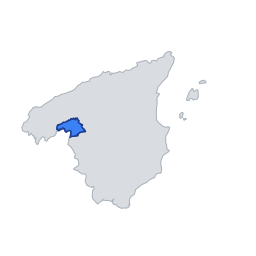 Zamora on a map of Spain (Mercator projection), rotated 328°
{"feature_id": "ESP-5852", "entity_name": "Zamora", "entity_type": "Autonomous Community", "adm_level": 1, "iso_a3": "ESP", "parent_name": "Spain", "parent_adm1": "", "projection": "mercator", "projection_center": [-6.097, 41.685], "detail": "fine", "context": "in_parent", "style": "filled", "palette": "blue", "viewbox_px": 256, "rotation_deg": 328, "n_neighbors": 0, "source": "natural_earth", "source_scale": "10m", "svg_char_len": 5633}
<svg xmlns="http://www.w3.org/2000/svg" viewBox="0 0 256 256"><g transform="rotate(328 128 128)"><path d="M136.9,67.0L136.9,67.7L138.0,68.9L141.2,69.6L142.0,70.1L141.9,71.8L141.1,73.2L141.8,73.8L142.6,73.8L143.5,72.7L143.7,73.4L145.2,74.1L148.4,75.4L150.7,75.6L153.1,78.2L156.9,77.7L160.3,80.2L163.6,79.6L164.3,80.1L169.3,80.2L169.6,78.1L170.2,77.3L178.9,80.1L180.0,81.9L179.8,82.7L180.3,84.7L181.4,84.7L183.7,83.5L186.7,84.9L187.5,86.2L188.1,86.3L190.3,85.0L196.4,86.5L196.6,85.5L197.0,85.3L199.6,84.4L200.6,84.2L203.8,84.9L204.2,86.0L204.9,86.4L205.1,87.4L203.2,88.0L203.0,89.7L204.2,91.2L204.3,93.6L201.1,96.8L191.8,102.2L188.7,105.4L181.8,107.0L174.7,109.4L170.5,113.6L171.5,114.0L172.8,115.4L172.4,116.0L170.5,117.0L168.9,117.3L165.8,122.5L161.5,127.8L159.9,130.2L156.5,136.4L156.5,138.2L158.2,144.3L159.1,145.9L160.4,147.3L163.0,148.4L163.6,149.6L162.7,150.6L160.2,152.5L155.8,155.1L153.9,157.1L153.5,159.0L152.3,159.9L151.8,162.6L150.0,166.4L149.9,167.4L151.3,168.7L149.9,169.6L143.1,169.9L139.0,172.9L136.9,175.5L135.0,180.3L132.7,183.1L131.6,183.6L130.1,182.4L128.1,182.2L126.2,182.6L125.2,183.6L123.6,184.1L122.1,183.7L118.8,183.4L117.3,183.4L115.0,184.2L113.0,183.7L109.7,183.4L102.5,184.1L101.6,184.4L98.4,187.6L94.9,187.7L91.7,189.0L89.6,192.1L89.2,193.8L88.6,193.4L88.1,193.5L87.9,194.8L85.7,195.6L83.2,194.5L81.2,193.0L80.1,192.9L78.4,190.5L77.6,188.9L77.1,187.3L77.1,186.1L75.5,185.4L75.2,183.9L76.3,181.9L77.8,180.8L76.4,180.9L75.4,182.2L74.1,180.1L68.8,176.1L69.1,174.7L68.2,175.8L67.6,176.0L65.0,175.9L61.9,176.3L60.6,169.5L61.4,167.1L64.8,162.4L67.0,161.7L67.9,159.3L65.9,159.4L62.7,154.7L63.5,150.3L66.7,147.0L67.2,145.7L67.3,144.4L66.7,143.6L65.0,143.1L63.2,139.6L62.8,137.4L61.3,136.2L60.1,134.0L61.2,133.6L65.7,133.6L66.8,133.1L67.6,131.6L68.5,129.2L68.7,127.7L66.9,125.6L66.9,125.1L67.1,124.4L69.8,122.1L69.3,120.3L69.7,116.6L69.5,114.4L69.2,112.7L68.2,110.3L68.9,109.4L70.3,108.6L71.4,106.7L73.1,105.1L75.3,103.8L77.8,101.0L77.4,99.8L76.5,99.1L73.4,98.5L73.2,98.0L73.2,94.9L72.4,93.7L71.3,93.8L69.5,93.3L69.1,93.6L66.9,93.5L65.3,93.0L64.7,93.4L64.5,94.5L61.9,95.6L60.4,95.6L58.0,94.6L55.3,95.0L55.0,94.7L52.7,96.0L51.9,96.0L50.9,94.5L52.2,92.3L51.1,90.2L50.4,90.2L46.0,91.7L43.5,93.7L42.5,94.0L42.2,93.6L42.1,90.7L44.7,87.7L43.0,87.5L43.1,86.6L44.2,85.2L43.1,84.2L43.1,81.1L40.7,82.1L40.1,81.9L40.1,80.7L41.5,78.2L40.0,77.9L38.8,77.0L37.4,74.9L37.4,73.8L38.2,71.3L40.2,70.1L42.2,68.4L45.0,68.7L49.2,67.2L50.6,66.4L50.5,65.4L50.1,64.6L50.5,63.8L53.9,61.7L55.9,61.5L58.0,60.4L59.3,61.1L60.6,60.9L62.0,61.7L63.8,63.6L66.5,64.3L68.6,63.7L79.6,63.6L82.7,62.6L85.1,63.8L89.8,64.3L92.6,65.3L100.4,66.9L103.2,66.9L108.9,65.3L110.4,65.7L112.7,65.0L113.8,65.1L115.2,66.2L120.2,67.7L121.5,66.4L122.5,66.2L126.0,66.9L129.6,68.5L131.5,68.6L134.3,68.2L136.9,67.0ZM203.0,131.7L204.2,132.3L205.6,131.8L206.3,132.0L207.0,132.2L207.2,133.3L204.3,138.7L202.0,140.2L199.7,139.1L198.3,138.8L197.9,138.3L197.6,136.6L197.0,136.0L196.1,135.8L194.3,137.2L193.8,136.3L192.9,136.1L192.6,135.5L192.6,134.8L198.1,130.6L199.7,129.7L203.1,128.6L203.7,128.8L203.2,129.4L203.7,130.0L203.0,131.7ZM218.6,129.5L218.1,131.0L214.0,129.0L212.6,128.8L212.3,128.5L212.4,127.0L215.2,126.8L217.4,127.5L218.6,129.5ZM180.2,146.8L179.7,147.9L177.7,147.5L177.3,147.1L177.7,145.9L178.3,145.7L178.3,144.9L178.9,144.0L181.8,143.3L182.5,143.9L182.6,144.7L180.9,146.6L180.2,146.8ZM182.2,151.0L181.9,151.3L179.7,151.1L179.6,150.4L180.1,149.4L180.9,150.4L182.2,150.5L182.2,151.0Z" fill="#d9dde1" stroke="#a8b0b8" stroke-width="1"/><path d="M74.2,105.1L74.5,104.9L74.9,104.5L75.3,103.8L75.5,103.8L75.6,103.7L75.6,103.4L75.8,103.3L76.0,103.2L76.4,103.2L76.9,102.2L76.8,101.8L76.9,101.7L77.3,101.3L77.9,100.3L77.8,100.2L77.6,99.9L77.0,99.3L76.4,98.9L75.8,98.7L74.7,98.5L74.5,98.4L74.4,98.5L74.1,98.8L73.9,98.9L73.4,98.8L73.2,98.5L73.2,98.1L73.1,97.8L73.1,97.6L72.9,97.3L73.0,97.1L73.2,96.8L73.5,95.4L73.7,95.0L73.3,94.9L73.1,94.9L73.0,94.7L73.1,94.0L73.0,93.7L72.8,93.5L72.5,93.3L72.3,93.7L71.9,93.8L70.9,93.9L70.5,93.8L70.0,93.0L69.6,92.9L69.5,93.5L69.2,93.7L68.4,93.7L68.0,93.7L67.7,93.4L67.5,93.1L67.5,92.9L67.5,92.7L67.8,92.1L67.7,92.0L67.6,91.8L67.5,91.7L67.2,91.7L66.9,91.5L66.9,91.4L67.0,91.3L67.1,91.1L67.5,90.6L67.7,90.4L67.8,90.4L68.0,89.8L68.1,89.7L68.7,89.0L68.9,88.9L69.1,88.7L69.4,88.7L69.6,88.7L69.8,88.7L70.0,88.3L70.2,88.1L71.2,88.7L71.4,88.8L71.9,88.7L72.1,88.8L72.4,88.9L73.2,88.9L73.7,89.0L74.1,89.3L74.9,89.0L76.1,89.0L76.4,88.9L76.5,88.9L76.6,89.0L76.8,89.3L77.4,89.6L77.8,89.9L77.9,90.0L80.1,89.8L81.3,90.4L81.5,90.2L81.8,90.2L82.0,89.9L82.2,90.1L82.4,90.4L82.8,90.5L83.9,90.2L84.1,90.6L85.0,90.5L84.9,90.1L85.3,90.2L85.4,90.3L85.7,90.6L85.7,90.8L85.7,91.1L86.6,91.5L86.8,90.9L87.1,90.9L87.2,91.6L87.7,92.5L87.6,92.9L88.2,93.2L88.4,92.1L89.0,91.9L90.3,93.0L90.0,93.4L90.0,93.6L90.1,94.1L90.1,94.3L90.0,94.6L89.9,95.0L90.0,95.3L90.3,96.0L88.8,96.9L89.1,97.7L89.5,98.3L89.7,98.6L89.7,99.3L89.8,99.6L90.3,99.7L90.3,99.9L90.3,100.0L90.2,100.2L90.1,100.3L90.2,100.5L91.0,101.1L90.6,101.5L89.9,101.6L89.6,101.9L89.5,102.2L89.5,102.5L89.5,102.8L89.6,103.0L89.6,104.1L89.7,104.4L89.7,104.6L90.0,105.1L90.1,105.3L90.1,106.0L90.1,106.4L89.9,106.6L89.5,107.1L89.7,107.3L90.2,107.3L90.1,108.2L90.1,108.3L89.9,108.4L89.6,108.4L89.3,108.0L89.2,107.9L88.7,107.9L88.6,107.2L87.4,107.4L86.7,106.8L85.9,106.8L85.6,106.7L85.2,106.2L84.5,106.4L83.2,106.7L82.1,106.3L81.9,106.4L81.8,106.6L81.7,106.9L81.8,107.3L81.8,107.5L81.7,107.8L81.4,108.0L81.2,107.9L81.1,107.7L80.9,107.6L80.8,107.8L80.7,107.8L80.3,107.6L80.4,107.3L80.4,107.1L80.2,106.9L79.9,106.8L79.2,106.7L78.9,107.0L76.4,105.5L74.2,105.1Z" fill="#3b82f6" stroke="#1e3a8a" stroke-width="1.5"/></g></svg>